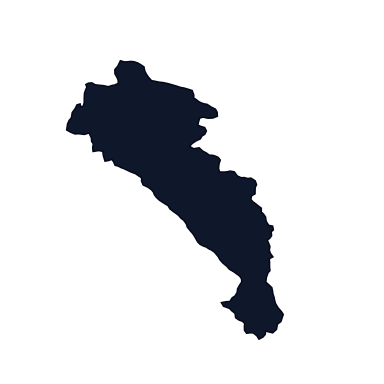 Mutuípe, Bahia, Brazil, rotated 306°
{"feature_id": "56859067B154349713184", "entity_name": "Mutuípe", "entity_type": "district", "adm_level": 2, "iso_a3": "BRA", "parent_name": "Brazil", "parent_adm1": "Bahia", "projection": "mercator", "projection_center": [-39.511, -13.326], "detail": "fine", "context": "isolated", "style": "filled", "palette": "ink", "viewbox_px": 384, "rotation_deg": 306, "n_neighbors": 0, "source": "geoboundaries", "source_scale": "gbopen_adm2", "svg_char_len": 3007}
<svg xmlns="http://www.w3.org/2000/svg" viewBox="0 0 384 384"><g transform="rotate(306 192 192)"><path d="M112.3,332.7L116.4,334.7L119.9,335.0L122.8,333.2L123.9,336.4L125.5,340.1L130.5,341.1L135.3,338.8L139.4,340.1L146.6,337.8L147.9,334.3L148.9,329.7L150.9,325.0L153.3,322.1L155.2,320.1L157.1,317.4L159.5,315.1L161.6,312.7L162.2,307.6L162.5,304.7L166.6,302.4L171.4,301.0L174.2,301.3L177.1,298.7L180.4,296.3L183.5,293.8L187.1,295.6L188.4,291.5L190.3,288.8L193.7,287.1L195.7,284.0L197.2,281.3L200.4,282.1L203.4,282.1L206.4,279.5L209.2,280.1L211.8,277.3L210.1,273.6L211.9,269.2L215.1,266.1L216.2,262.7L216.6,259.7L219.7,257.6L219.7,254.1L219.9,250.5L219.9,247.2L220.6,243.9L224.0,242.5L227.6,244.1L230.1,242.3L232.8,240.5L235.9,239.9L238.2,236.5L237.9,231.5L235.7,229.2L234.4,225.8L232.5,223.4L231.6,219.3L233.2,214.3L231.3,210.5L228.9,208.5L226.5,205.6L224.4,202.4L226.7,199.6L230.7,197.3L234.5,196.1L235.4,192.8L234.8,189.8L233.8,187.1L232.0,184.3L232.0,180.5L231.4,176.6L232.0,171.8L228.0,167.9L227.5,163.1L231.5,163.7L235.9,165.3L239.8,167.5L243.3,167.2L246.1,168.4L249.8,167.8L251.6,164.4L250.2,160.3L249.6,157.4L252.5,156.1L256.3,154.8L259.0,156.9L261.1,161.6L264.1,165.4L268.2,168.0L271.3,165.5L272.8,162.3L272.0,157.4L271.8,152.7L270.3,149.6L269.5,146.9L269.1,144.2L269.3,141.3L269.1,138.1L271.5,136.5L274.2,132.5L272.8,128.2L271.5,124.6L269.8,121.1L268.6,117.2L267.0,112.8L265.5,108.7L263.5,104.2L261.5,100.7L260.0,97.3L258.3,93.8L259.3,89.3L260.4,86.1L262.1,82.7L265.0,79.6L264.9,75.9L264.5,72.4L263.6,69.2L262.0,66.1L259.3,63.1L257.6,61.0L256.1,56.9L250.1,58.0L245.7,57.6L242.3,60.2L240.9,63.4L239.2,66.3L236.6,68.5L233.2,66.6L231.1,64.6L228.0,62.4L226.1,58.0L223.6,53.8L221.8,50.5L221.5,46.9L219.3,44.3L216.6,42.9L215.0,45.3L212.0,45.9L208.6,47.0L204.9,49.4L201.0,52.2L197.8,53.5L195.4,52.0L197.5,49.7L194.8,47.7L191.2,48.4L185.9,48.4L181.1,50.8L177.7,50.5L174.2,51.2L168.5,54.1L169.0,58.4L170.2,63.3L172.3,65.7L175.4,71.2L179.2,74.0L176.7,78.7L173.9,81.1L173.0,83.8L169.5,85.6L166.6,88.1L170.6,92.1L172.5,95.9L169.3,98.9L165.8,103.5L168.5,106.1L171.3,108.0L170.2,111.1L168.4,114.1L169.6,117.1L170.0,120.1L170.9,123.2L171.5,126.5L172.4,131.2L173.6,135.3L173.7,139.5L173.9,142.9L171.1,144.8L169.0,148.3L170.0,153.6L170.0,157.9L169.2,160.9L167.7,163.2L166.7,166.4L166.2,170.4L166.5,176.7L166.9,180.6L165.4,184.0L165.2,188.7L165.3,191.6L165.2,194.8L164.3,198.6L164.3,201.7L162.9,206.1L160.8,208.9L159.5,213.8L158.8,217.0L157.6,220.2L156.4,222.8L155.0,225.8L154.4,229.3L154.9,232.7L155.9,236.1L155.9,238.8L156.5,241.9L156.5,245.7L155.1,251.2L153.7,254.1L152.6,258.9L152.4,263.4L151.5,267.8L152.0,272.8L152.0,276.2L152.0,279.9L150.9,283.0L148.5,285.1L143.9,285.3L140.4,285.8L137.4,287.5L133.6,288.0L129.9,286.7L125.7,287.0L123.3,284.1L119.8,280.8L118.1,284.7L119.1,287.9L119.9,290.9L119.3,293.8L119.1,298.2L115.9,301.2L116.0,305.1L117.1,308.9L116.5,312.0L114.0,313.4L110.9,315.8L109.8,319.2L112.5,322.1L114.0,324.4L113.8,328.9L112.3,332.7Z" fill="#0f172a" stroke="#020617" stroke-width="1.5"/></g></svg>